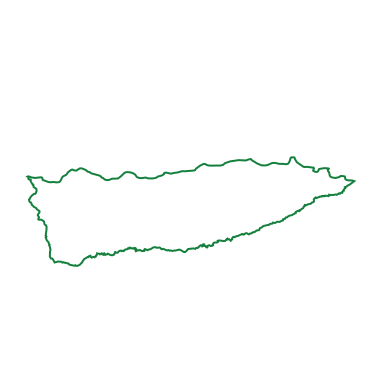 Sabanalarga, Antioquia, Colombia (Equal Earth projection), rotated 75°
{"feature_id": "7082276B31262056957289", "entity_name": "Sabanalarga", "entity_type": "district", "adm_level": 2, "iso_a3": "COL", "parent_name": "Colombia", "parent_adm1": "Antioquia", "projection": "equal_earth", "projection_center": [-75.781, 6.921], "detail": "fine", "context": "isolated", "style": "outline", "palette": "green", "viewbox_px": 384, "rotation_deg": 75, "n_neighbors": 0, "source": "geoboundaries", "source_scale": "gbopen_adm2", "svg_char_len": 6047}
<svg xmlns="http://www.w3.org/2000/svg" viewBox="0 0 384 384"><g transform="rotate(75 192 192)"><path d="M134.6,346.9L135.6,346.0L136.7,346.6L137.3,346.5L138.0,345.8L138.0,345.2L138.3,344.6L140.1,345.0L143.9,343.9L143.8,343.4L144.1,343.3L146.3,343.7L148.6,341.5L150.7,341.8L152.9,343.4L153.2,344.0L152.9,344.9L153.1,345.7L153.7,346.7L154.0,347.7L155.7,349.8L156.6,350.4L157.1,351.4L157.9,351.5L159.4,351.4L159.9,351.1L160.3,350.4L161.6,350.0L162.9,350.1L164.6,348.9L165.2,348.8L167.3,346.6L168.1,346.5L169.1,345.9L170.9,344.3L172.0,344.5L173.8,346.5L174.6,347.0L176.8,346.3L178.3,347.5L178.8,347.5L179.3,346.7L179.4,345.8L180.0,344.4L182.1,342.6L184.8,342.8L185.5,342.6L186.1,341.8L187.6,341.4L191.0,342.4L196.1,344.6L197.2,344.2L197.4,344.7L198.0,344.7L198.1,345.0L198.7,344.7L199.6,345.0L201.6,344.6L203.3,343.6L204.7,343.6L206.0,343.2L206.4,343.8L207.1,343.5L211.1,343.6L212.9,344.6L217.5,346.0L219.4,345.6L219.7,345.5L220.1,344.3L220.4,344.1L221.8,343.5L224.5,343.0L224.5,339.2L225.8,335.9L226.7,335.4L226.6,334.1L227.3,333.5L227.9,331.9L228.7,330.9L229.1,329.8L230.2,329.4L230.7,328.8L232.8,324.6L232.6,323.7L233.0,323.6L233.7,321.7L233.2,319.1L231.7,316.7L231.6,316.2L230.8,315.9L229.8,314.4L229.0,313.8L227.8,309.7L228.1,309.1L227.5,308.5L227.2,307.3L227.3,306.6L228.3,306.8L229.4,305.8L229.2,305.5L229.2,303.9L229.9,302.9L229.4,302.2L229.4,301.6L228.8,301.5L228.5,300.6L227.9,300.3L227.5,299.7L226.8,299.5L227.3,298.9L227.5,297.6L227.8,297.1L228.4,297.0L228.3,296.3L228.5,295.8L227.9,295.0L228.5,294.4L228.6,293.6L229.8,293.8L229.8,293.4L229.0,292.4L230.3,292.0L230.0,291.0L230.3,289.9L229.8,289.2L231.6,287.3L232.5,285.5L232.3,283.6L231.6,283.2L231.4,282.5L230.2,282.0L230.2,281.6L231.0,280.8L231.4,279.8L231.2,279.2L230.4,278.2L230.3,277.3L230.1,276.9L230.3,276.3L230.2,275.7L231.0,275.1L230.8,273.8L231.4,273.2L230.3,271.4L230.5,269.3L229.8,268.3L230.3,267.7L230.4,267.0L229.6,266.7L230.1,265.5L230.7,265.2L230.9,264.2L231.4,263.7L231.5,263.2L231.1,262.6L231.0,262.2L231.6,261.1L232.4,260.8L232.7,261.8L233.5,261.3L234.4,261.7L234.7,261.6L234.2,259.2L234.7,258.4L234.5,257.4L236.2,255.5L236.6,253.3L236.2,252.8L235.2,252.9L234.9,252.3L236.8,249.8L236.4,249.2L236.5,246.7L235.6,244.1L235.6,242.6L235.9,241.6L236.9,240.2L237.1,238.1L237.7,237.1L238.6,236.8L239.5,236.0L239.4,234.6L242.0,231.3L242.0,229.7L242.9,228.9L242.9,227.7L243.9,226.3L243.9,224.6L244.3,222.9L244.3,219.3L245.4,217.7L247.7,215.6L248.2,214.4L247.6,212.7L246.3,211.0L246.1,210.2L246.4,209.6L246.3,208.0L246.6,207.3L246.9,205.1L247.8,203.5L247.1,202.5L247.5,201.4L247.1,200.9L247.3,200.0L246.5,199.3L245.7,197.4L245.9,196.8L247.2,196.3L247.2,195.9L246.7,195.3L245.7,195.2L245.4,194.6L245.6,194.1L246.4,194.7L246.8,194.6L247.4,193.9L247.3,193.2L247.6,192.8L249.1,192.5L249.5,191.9L249.3,191.4L248.2,190.9L247.9,189.9L247.9,189.0L248.9,188.1L249.1,187.4L249.2,186.8L248.8,186.3L248.9,185.4L247.6,185.2L246.7,184.0L246.6,183.4L247.2,181.2L247.1,180.1L246.9,179.8L245.8,179.9L245.7,179.6L246.0,177.8L247.8,173.5L247.7,172.2L246.8,171.3L246.3,170.0L247.1,170.0L247.0,168.6L249.1,167.2L248.4,166.5L248.2,165.5L247.4,165.4L246.7,164.8L246.1,163.7L246.7,162.6L246.3,161.9L246.5,161.4L246.2,160.7L246.3,158.8L245.5,154.3L245.7,153.9L246.4,153.6L246.6,153.0L245.8,151.2L245.8,150.4L246.2,149.5L247.6,148.3L247.6,147.6L247.1,146.6L247.4,145.4L246.8,144.3L247.0,143.9L246.7,143.4L246.8,141.7L245.9,139.6L246.2,137.2L246.0,136.8L244.5,135.8L244.2,133.5L243.3,132.0L243.5,127.8L243.7,126.2L243.0,125.1L243.3,122.6L242.5,121.8L243.4,120.0L242.9,117.8L242.9,116.8L243.6,115.0L243.0,113.0L243.1,111.7L242.8,111.2L241.9,111.0L241.9,109.0L240.9,108.1L241.1,106.7L240.4,105.5L240.1,103.9L240.2,101.2L239.7,100.1L239.6,98.7L239.0,97.8L239.1,97.2L238.2,97.0L237.7,95.1L237.6,94.1L238.3,93.3L238.1,92.9L237.5,92.9L237.3,92.6L237.3,91.5L236.7,90.4L236.4,88.9L235.4,87.9L234.9,87.8L234.7,86.8L234.4,86.9L233.7,86.3L234.3,84.9L233.9,83.2L234.1,80.4L233.2,78.8L233.2,77.3L232.6,76.6L230.5,76.2L229.2,74.1L229.3,73.8L230.0,73.6L230.0,72.5L229.6,70.1L229.8,70.0L229.7,68.9L229.9,67.6L229.6,67.9L229.5,67.6L229.9,66.1L229.9,64.8L230.4,64.1L230.4,62.9L231.3,61.2L230.1,60.2L230.9,59.5L230.9,58.1L231.5,55.9L231.5,54.2L232.2,52.8L231.8,52.2L231.8,50.7L231.3,50.1L231.9,49.4L231.1,47.6L231.6,47.0L229.9,45.8L230.0,45.0L228.9,44.7L227.9,42.9L226.9,43.1L226.8,41.2L226.1,40.2L225.7,37.9L223.5,32.5L222.3,34.3L221.1,38.2L220.4,39.5L219.4,40.5L216.6,40.4L216.0,41.3L215.0,44.3L215.7,45.8L215.6,49.5L215.3,50.6L213.8,53.6L212.1,54.7L208.4,54.5L207.3,55.1L206.0,55.2L205.7,55.1L205.1,53.9L204.9,53.8L204.6,54.1L203.5,56.9L203.1,58.7L202.7,63.0L202.8,63.5L204.3,64.5L204.9,65.7L204.8,66.7L204.0,68.3L203.0,69.4L202.5,69.4L200.8,68.1L200.0,68.2L197.4,74.6L196.9,77.1L196.4,77.9L190.4,83.0L186.6,84.1L185.4,84.0L184.8,84.8L184.3,86.9L184.6,87.9L187.8,89.9L189.3,91.5L189.6,92.1L189.6,93.6L188.2,97.5L187.3,100.8L185.6,103.7L184.9,105.9L184.8,107.7L185.3,110.4L185.5,113.5L184.3,117.8L181.4,121.6L176.8,126.0L175.5,126.5L175.3,127.2L175.2,129.2L175.5,131.7L173.3,138.6L172.3,147.2L172.7,152.7L173.8,154.8L173.8,157.6L171.0,168.5L169.9,170.5L168.6,171.7L167.9,173.5L168.5,176.9L170.4,181.9L171.6,183.3L171.8,184.2L170.2,193.2L169.3,196.4L169.4,200.7L168.9,204.7L168.9,207.5L166.7,211.7L166.4,213.2L166.8,214.3L167.5,214.5L168.1,216.3L168.3,217.6L168.2,220.8L168.9,222.6L168.9,225.2L168.6,227.1L167.4,231.0L166.0,233.2L165.6,237.1L164.8,239.4L163.4,241.3L160.3,242.5L158.4,244.3L157.0,246.7L156.1,249.2L155.8,250.8L156.0,252.2L158.7,257.1L159.7,259.8L159.7,260.8L158.5,265.5L158.9,269.5L158.3,271.5L157.6,272.8L155.4,274.4L154.7,275.5L153.0,276.2L151.6,278.1L148.0,284.4L146.4,285.6L145.5,287.3L143.3,288.9L142.3,290.1L140.7,292.3L140.3,293.5L140.2,294.5L141.3,297.9L141.3,298.7L140.5,300.3L139.3,301.9L139.4,303.2L141.0,306.9L142.7,308.7L143.7,312.9L144.9,314.3L146.3,315.2L147.0,316.0L147.9,317.2L148.0,318.4L147.7,320.2L146.4,323.5L145.9,326.5L145.2,328.1L141.7,333.1L139.5,333.0L138.7,334.0L137.8,340.0L136.2,343.6L134.7,345.6L134.5,346.1L134.6,346.9Z" fill="none" stroke="#15803d" stroke-width="2"/></g></svg>